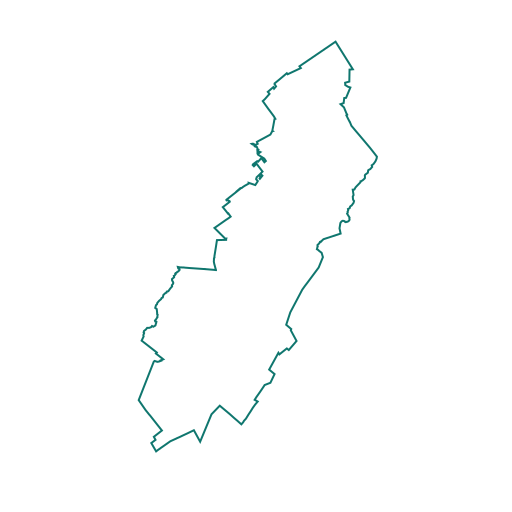 outline of Sabinas Hidalgo, Nuevo León, Mexico, rotated 223°
{"feature_id": "50627088B9769034466011", "entity_name": "Sabinas Hidalgo", "entity_type": "district", "adm_level": 2, "iso_a3": "MEX", "parent_name": "Mexico", "parent_adm1": "Nuevo León", "projection": "equal_earth", "projection_center": [-100.103, 26.576], "detail": "fine", "context": "isolated", "style": "outline", "palette": "teal", "viewbox_px": 512, "rotation_deg": 223, "n_neighbors": 0, "source": "geoboundaries", "source_scale": "gbopen_adm2", "svg_char_len": 5712}
<svg xmlns="http://www.w3.org/2000/svg" viewBox="0 0 512 512"><g transform="rotate(223 256 256)"><path d="M356.5,376.8L356.7,373.9L346.8,371.9L346.7,371.9L343.9,371.4L338.0,370.3L337.9,370.2L336.9,370.0L336.5,369.8L335.4,369.5L335.8,368.7L332.2,363.1L329.4,358.6L328.9,358.7L329.2,358.1L328.3,354.6L330.5,348.0L333.2,340.1L331.3,339.2L332.2,336.7L333.2,336.6L333.4,336.5L334.8,336.1L335.4,335.4L335.6,335.1L334.7,335.2L332.9,336.1L332.5,336.0L332.0,335.4L331.0,335.5L330.5,336.2L329.9,336.4L329.4,336.1L328.0,335.6L327.7,334.8L327.2,334.5L326.6,335.1L326.0,333.8L326.4,333.6L325.5,332.8L325.2,332.3L325.1,332.2L324.8,332.3L324.6,332.5L324.4,333.0L324.3,333.3L324.8,333.7L324.5,334.6L324.3,334.7L324.2,334.8L323.9,334.7L323.7,334.8L324.1,332.5L324.0,332.4L323.9,331.9L323.9,331.6L323.5,331.5L319.6,332.3L316.4,332.9L316.1,332.8L315.6,332.7L313.6,332.2L313.8,330.3L316.0,330.7L318.9,331.2L318.8,328.6L318.8,326.3L319.8,326.2L320.7,321.3L320.7,321.0L320.5,320.3L318.7,320.2L318.6,322.0L318.7,322.7L319.0,322.6L319.0,323.1L318.7,323.1L318.7,323.9L312.4,322.8L308.8,322.2L308.9,319.2L306.1,319.1L305.8,315.1L306.3,315.2L306.5,317.0L309.0,317.2L309.2,314.0L309.1,313.9L309.0,313.7L308.7,313.1L308.5,312.6L308.4,312.6L308.1,312.2L306.0,312.1L305.9,312.1L305.7,311.9L304.9,307.4L311.3,304.5L310.7,304.0L311.0,303.1L312.0,300.0L312.1,299.8L312.1,299.7L312.6,297.7L312.7,297.2L312.7,296.9L312.7,296.7L312.8,296.3L312.9,295.9L313.5,295.3L313.7,295.0L314.0,292.3L313.6,292.8L316.0,276.9L315.6,276.6L315.4,276.6L315.2,276.7L314.8,277.5L313.6,277.8L312.8,278.1L312.2,277.8L312.3,277.0L312.4,276.6L312.4,276.4L312.8,273.8L313.6,269.1L309.3,268.5L305.4,267.9L305.3,268.3L301.4,267.5L301.9,264.7L302.6,261.9L304.9,251.0L305.5,248.2L290.3,247.7L289.6,248.5L289.0,247.5L288.9,247.4L289.8,246.5L295.4,241.0L291.5,235.3L286.2,227.4L285.3,226.5L285.3,225.9L284.8,225.2L284.7,225.2L282.9,223.0L282.7,222.9L281.2,221.8L276.2,218.7L275.9,218.6L275.7,218.4L276.3,217.9L276.6,217.7L276.8,217.7L277.1,217.4L277.3,217.2L283.9,212.0L284.1,211.8L284.3,211.8L284.6,211.6L284.9,211.2L286.0,210.3L293.8,204.0L295.5,202.6L299.8,199.2L300.9,198.4L301.5,197.9L301.7,197.7L303.1,196.5L303.9,195.8L305.7,194.7L304.6,194.0L304.1,193.9L302.8,194.1L302.4,193.7L302.3,191.7L302.8,190.8L302.6,190.1L302.8,189.4L303.1,188.9L303.1,188.1L302.9,188.0L302.5,187.8L302.4,187.8L302.2,185.9L302.5,185.4L301.4,184.6L301.7,181.8L300.7,180.9L299.2,180.5L298.1,179.9L297.7,179.0L297.6,177.2L296.6,176.5L296.6,174.9L296.5,173.4L296.1,170.4L297.0,169.1L296.5,168.1L297.0,167.0L297.2,164.4L295.9,162.1L296.4,160.9L296.0,159.7L296.3,157.2L296.2,154.6L296.2,154.4L295.5,153.2L295.6,151.8L294.3,149.3L292.4,149.5L289.2,146.7L289.0,146.4L288.6,146.0L287.9,146.0L286.7,144.2L286.4,144.1L286.3,143.5L286.1,142.4L285.9,141.6L285.9,139.9L285.1,139.4L284.3,139.9L284.0,140.0L283.2,138.7L282.8,137.6L282.7,137.5L282.5,137.3L282.4,137.2L282.2,136.4L282.9,134.2L283.7,134.0L284.3,133.9L284.2,132.4L285.1,130.6L286.6,129.2L286.5,128.1L286.5,127.8L286.4,127.3L286.4,127.0L286.5,126.7L286.6,125.9L286.8,124.8L286.0,123.4L285.3,123.4L285.1,123.1L284.7,122.0L284.5,121.4L284.0,120.9L283.7,120.7L283.3,120.5L283.0,119.5L281.9,116.1L262.7,117.8L262.7,116.4L260.4,116.6L253.4,117.2L253.5,117.0L253.6,116.8L253.6,116.7L253.8,116.0L254.7,114.5L254.7,114.4L254.1,114.4L255.0,112.6L256.0,111.3L258.6,110.1L258.7,109.0L243.5,70.6L231.6,68.0L226.0,67.2L224.7,67.1L215.0,65.6L205.8,64.2L207.4,54.1L204.1,53.0L205.0,47.8L195.8,45.0L195.4,47.5L195.1,48.8L194.9,49.5L194.9,49.8L194.8,50.2L194.8,50.5L194.7,50.8L194.0,54.0L192.3,62.1L190.6,66.2L189.9,67.9L189.7,68.3L189.7,68.5L188.6,71.0L187.8,73.0L187.5,73.8L186.7,75.8L186.6,76.0L186.5,76.3L186.3,76.8L186.0,77.5L185.2,79.5L182.6,86.2L170.2,82.1L180.6,109.9L180.4,121.8L167.1,122.5L161.4,122.6L157.2,122.8L151.9,122.9L152.0,125.7L152.4,127.3L152.4,130.1L153.4,135.1L154.0,138.8L154.8,142.8L155.3,146.7L155.5,150.7L158.9,149.9L159.5,153.1L160.4,159.7L161.5,166.6L161.7,167.5L159.0,173.1L161.9,182.3L167.0,182.0L168.9,181.9L173.6,200.5L171.8,200.0L170.4,209.4L167.9,209.6L168.4,221.5L179.9,225.4L180.4,226.6L187.0,226.3L192.5,238.2L199.2,262.9L199.8,267.4L200.2,271.5L202.3,290.3L206.3,300.8L210.2,303.1L213.2,302.8L214.8,302.8L216.1,302.5L216.4,303.1L216.6,303.5L216.9,303.9L217.4,305.1L217.7,305.1L217.9,305.3L218.1,305.5L218.6,306.2L218.4,307.2L218.4,308.2L218.6,309.2L218.8,309.8L218.4,310.0L218.4,311.1L218.2,311.1L218.2,311.5L218.2,312.2L218.2,312.7L218.2,312.9L218.1,314.3L209.4,330.1L213.8,333.2L216.8,337.7L217.0,339.3L216.9,340.1L216.8,340.5L216.5,341.0L215.7,341.5L214.9,341.9L214.5,341.8L214.1,341.7L213.8,341.7L213.4,342.0L213.2,342.3L212.9,343.0L212.4,343.5L212.1,344.7L212.1,345.6L212.3,346.3L213.1,347.0L213.5,347.3L213.8,347.9L218.3,349.1L218.5,350.3L219.3,350.9L219.5,351.7L219.8,352.4L220.8,353.1L220.1,354.8L220.9,356.4L220.7,357.7L220.5,358.2L220.9,361.4L221.8,363.1L223.4,363.4L224.6,364.4L225.8,365.5L226.2,367.1L230.5,370.5L229.4,371.7L230.0,374.0L230.0,376.0L229.9,381.1L230.5,381.9L230.1,382.4L229.6,384.2L229.4,387.0L230.1,388.0L231.3,389.1L231.6,389.9L231.0,393.2L232.4,395.2L232.2,396.1L231.7,397.5L231.8,400.4L233.2,401.2L232.8,403.3L233.2,406.6L234.2,409.4L235.3,411.1L239.5,411.8L246.6,412.9L261.5,414.7L268.5,415.5L273.2,416.1L275.0,416.3L278.9,418.1L279.0,418.0L282.9,419.4L285.8,420.5L285.6,421.5L286.1,421.7L286.3,421.6L290.9,423.7L293.0,424.7L297.7,424.7L296.2,427.6L299.2,431.7L298.0,433.1L301.9,443.6L304.2,442.5L307.3,441.9L309.0,443.5L306.7,447.2L314.7,456.1L312.5,458.6L344.0,467.0L353.6,424.4L351.4,424.0L356.8,410.5L358.1,410.7L359.4,400.1L360.1,394.9L359.8,394.4L357.0,393.7L356.9,390.7L358.5,391.3L359.3,384.1L356.7,383.8L356.5,377.0L356.5,376.8Z" fill="none" stroke="#0f766e" stroke-width="2"/></g></svg>